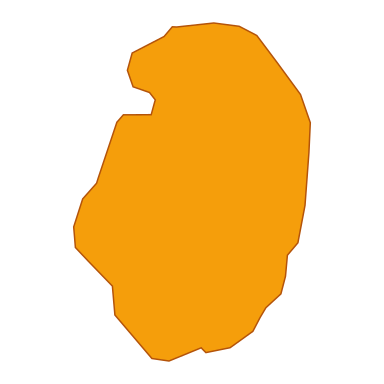 the district of Inkisi, Bas-Congo, Democratic Republic of the Congo
{"feature_id": "63176286B22382339186814", "entity_name": "Inkisi", "entity_type": "district", "adm_level": 2, "iso_a3": "COD", "parent_name": "Democratic Republic of the Congo", "parent_adm1": "Bas-Congo", "projection": "albers", "projection_center": [15.093, -5.139], "detail": "fine", "context": "isolated", "style": "filled", "palette": "amber", "viewbox_px": 384, "rotation_deg": 0, "n_neighbors": 0, "source": "geoboundaries", "source_scale": "gbopen_adm2", "svg_char_len": 651}
<svg xmlns="http://www.w3.org/2000/svg" viewBox="0 0 384 384"><path d="M205.9,352.6L230.1,347.7L252.9,331.3L260.1,317.5L265.9,307.7L280.9,293.9L285.5,276.2L287.4,255.2L297.9,242.8L305.0,205.4L308.9,152.9L310.3,122.7L300.5,94.5L277.0,62.4L256.8,35.5L239.2,26.3L213.8,23.0L176.7,27.0L172.3,26.8L164.1,36.5L132.2,53.0L131.4,55.8L127.4,70.3L131.6,82.5L133.1,86.8L149.5,92.5L155.3,99.9L154.6,102.2L151.2,114.7L132.7,114.8L123.4,114.8L116.9,122.2L98.2,178.1L96.6,183.2L82.7,198.9L73.7,226.9L75.4,247.5L88.6,261.5L112.4,286.1L114.9,315.0L151.9,358.5L169.0,361.0L201.2,347.8L203.5,350.2L205.9,352.6Z" fill="#f59e0b" stroke="#b45309" stroke-width="1.5"/></svg>